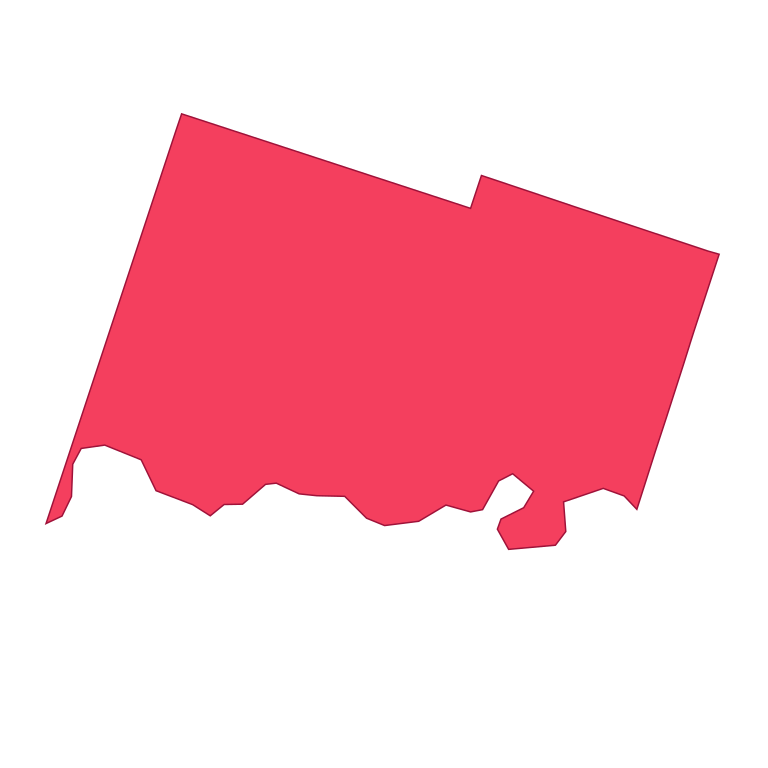 Lafayette, Missouri, United States of America (Equal Earth projection), rotated 196°
{"feature_id": "52423323B34956580820972", "entity_name": "Lafayette", "entity_type": "district", "adm_level": 2, "iso_a3": "USA", "parent_name": "United States of America", "parent_adm1": "Missouri", "projection": "equal_earth", "projection_center": [-93.837, 39.101], "detail": "fine", "context": "isolated", "style": "filled", "palette": "rose", "viewbox_px": 768, "rotation_deg": 196, "n_neighbors": 0, "source": "geoboundaries", "source_scale": "gbopen_adm2", "svg_char_len": 770}
<svg xmlns="http://www.w3.org/2000/svg" viewBox="0 0 768 768"><g transform="rotate(196 384 384)"><path d="M653.8,570.9L670.4,156.7L657.1,168.3L653.4,189.7L661.1,221.1L657.3,238.6L635.6,248.3L596.5,244.2L573.7,218.6L534.7,215.3L514.7,209.4L504.5,224.1L486.8,229.5L470.2,254.9L460.2,259.0L435.3,255.0L417.8,258.1L390.8,265.2L363.8,250.2L344.4,248.1L312.8,261.6L291.1,284.7L265.5,284.9L254.6,290.4L247.1,322.4L235.6,333.2L210.6,322.2L215.6,303.6L234.3,286.4L235.0,275.7L218.6,259.4L174.8,276.3L168.6,292.3L178.9,320.2L144.5,344.1L122.3,342.6L106.4,333.2L104.6,394.5L103.3,429.3L101.5,485.4L101.0,505.0L101.0,506.3L100.6,520.2L97.6,601.1L109.7,601.1L251.1,607.0L347.8,611.3L349.2,576.7L653.0,587.9L653.8,570.9Z" fill="#f43f5e" stroke="#9f1239" stroke-width="1.5"/></g></svg>